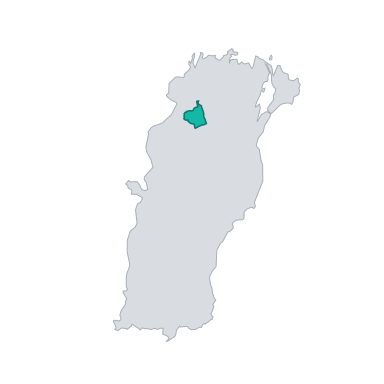 where Isparta sits in Turkey, rotated 111°
{"feature_id": "TUR-2275", "entity_name": "Isparta", "entity_type": "Province", "adm_level": 1, "iso_a3": "TUR", "parent_name": "Turkey", "parent_adm1": "", "projection": "orthographic", "projection_center": [30.888, 37.933], "detail": "fine", "context": "in_parent", "style": "filled", "palette": "teal", "viewbox_px": 384, "rotation_deg": 111, "n_neighbors": 0, "source": "natural_earth", "source_scale": "10m", "svg_char_len": 4661}
<svg xmlns="http://www.w3.org/2000/svg" viewBox="0 0 384 384"><g transform="rotate(111 192 192)"><path d="M284.4,131.0L289.5,132.2L290.9,130.7L295.3,130.3L299.3,130.8L301.1,127.6L303.9,127.6L304.6,129.0L306.0,129.4L310.6,132.5L310.2,133.1L311.4,134.3L315.0,134.7L315.6,136.6L318.7,139.0L320.8,143.1L320.4,146.2L319.1,148.4L322.3,154.6L321.7,155.5L326.3,157.0L331.7,155.9L333.5,156.6L339.5,160.9L341.1,162.7L337.2,160.8L335.4,163.2L335.1,168.4L329.5,170.2L330.9,173.4L332.7,174.7L332.6,177.9L333.2,179.0L335.1,180.8L335.3,183.7L336.3,186.5L336.9,190.1L339.4,190.8L338.6,192.6L336.9,200.2L337.2,200.7L339.0,200.6L343.6,203.4L343.0,204.5L344.2,209.1L348.1,211.5L347.8,213.2L348.1,214.7L345.4,214.4L340.8,219.2L340.2,219.2L339.3,217.9L338.5,213.8L337.1,212.9L335.4,212.9L332.8,215.2L330.2,215.5L327.6,215.5L320.4,213.9L318.0,215.1L315.2,214.5L310.6,220.2L309.1,220.8L308.0,218.4L306.1,217.2L304.0,219.4L295.3,222.8L291.3,223.7L286.2,223.5L282.0,224.1L271.2,231.0L260.6,235.0L250.8,235.6L245.1,232.5L240.9,232.1L228.7,238.4L222.6,238.6L220.3,236.5L215.6,235.9L214.7,238.1L214.0,243.2L215.9,247.8L213.2,248.2L211.6,249.4L211.3,252.9L209.0,254.4L208.3,256.6L207.8,256.7L203.8,255.2L204.8,253.4L202.0,247.0L203.1,244.9L207.9,239.4L207.6,236.3L205.3,234.3L199.0,238.5L198.5,240.0L197.1,241.3L194.7,241.8L183.0,237.3L176.4,242.0L170.8,248.7L166.5,251.2L153.6,253.3L151.4,254.6L146.9,253.3L144.3,251.6L138.2,244.4L126.9,238.9L115.1,237.6L114.0,239.0L113.6,244.7L111.7,250.0L110.7,250.6L108.1,249.2L98.9,252.3L91.1,248.7L89.8,247.1L88.1,240.9L87.0,240.4L85.8,241.2L84.4,241.2L78.9,238.4L75.9,238.1L74.0,240.7L71.1,241.7L71.0,240.9L72.2,239.3L67.5,239.4L65.0,240.6L61.6,239.7L61.9,239.0L64.7,238.3L70.9,237.5L75.0,233.6L60.1,233.3L58.7,234.1L58.5,231.9L59.4,231.0L63.3,230.4L63.1,228.6L60.8,226.6L58.3,225.5L57.3,220.9L56.0,219.7L56.2,219.1L58.6,218.4L59.2,215.2L59.0,213.1L54.3,211.2L53.2,211.3L52.1,209.5L50.1,208.2L48.4,209.1L43.8,206.2L44.8,204.3L45.9,204.4L46.2,202.9L45.4,200.3L45.6,199.1L46.6,198.7L47.8,199.0L48.9,200.6L48.9,203.5L50.1,205.3L51.1,203.6L53.2,204.7L57.1,203.9L57.9,203.2L55.1,203.2L54.1,202.4L51.9,197.6L54.4,196.3L56.2,194.0L53.0,192.3L53.8,189.1L51.2,185.3L55.1,180.8L54.9,180.1L53.8,179.8L42.2,181.2L42.1,179.1L43.1,177.3L43.2,172.8L43.9,170.4L46.0,169.8L48.8,166.3L53.1,162.3L57.5,162.5L59.3,161.4L61.9,161.5L62.6,163.2L64.8,164.4L68.8,164.4L70.8,163.3L69.0,161.2L71.3,160.6L73.1,161.1L72.1,163.4L72.6,163.6L77.8,163.1L83.2,163.8L89.2,163.6L90.0,162.9L85.8,160.6L88.5,158.6L90.1,158.2L102.6,156.6L102.7,156.1L95.1,155.0L91.1,152.2L90.1,150.8L90.9,147.2L91.8,146.3L94.5,146.2L103.9,148.0L110.6,147.1L117.9,149.4L124.9,148.9L126.4,147.9L128.1,144.5L137.9,138.8L141.3,135.8L156.4,129.8L179.1,130.0L183.0,127.6L185.3,128.3L184.8,129.7L185.0,131.1L187.9,134.4L192.0,136.1L197.6,134.2L199.7,134.7L202.0,139.9L205.7,142.9L207.3,143.1L209.4,141.1L211.4,140.7L214.9,142.3L216.2,144.1L227.3,145.6L229.6,147.0L237.2,148.0L253.1,142.8L259.3,144.8L264.4,145.2L266.5,144.6L272.7,140.9L274.6,138.9L278.5,137.0L283.2,133.1L284.4,131.0ZM74.5,130.3L74.0,132.7L74.9,135.3L77.1,139.0L79.3,140.9L90.4,146.1L88.7,150.7L85.9,151.4L76.4,148.9L72.4,150.7L69.6,150.1L65.7,150.8L64.5,153.5L61.6,156.6L53.8,160.2L46.4,167.7L44.3,168.6L45.3,166.0L45.4,163.7L48.6,161.1L53.0,159.2L54.2,157.6L43.3,157.4L42.4,154.9L43.6,154.5L47.3,150.4L47.7,148.7L47.6,144.5L52.0,142.3L52.4,141.3L51.9,137.1L48.0,134.5L48.1,133.3L51.0,132.4L52.8,129.6L57.0,129.2L59.0,127.9L62.7,127.3L67.0,131.1L72.4,129.9L74.5,130.3ZM40.7,167.2L37.0,167.6L35.9,166.9L37.1,165.7L39.9,165.0L40.8,166.3L40.7,167.2Z" fill="#d9dde1" stroke="#a8b0b8" stroke-width="1"/><path d="M125.1,205.0L125.6,206.6L126.9,207.6L127.9,208.9L129.1,209.8L129.6,210.1L130.0,210.6L131.2,211.6L131.1,212.3L130.0,213.0L128.9,213.5L128.4,213.8L128.0,215.2L128.4,216.8L128.4,218.4L127.8,219.5L127.7,220.5L127.2,221.2L126.4,221.4L126.5,222.1L126.9,222.8L127.1,223.5L127.0,224.8L126.5,225.9L125.6,225.8L124.8,226.1L124.0,226.7L123.1,226.8L121.4,227.4L119.9,226.8L119.7,226.2L119.3,225.8L118.8,225.7L118.6,225.7L118.3,225.4L118.1,225.0L117.1,223.5L116.7,222.5L116.1,220.8L115.2,220.1L114.1,220.2L112.9,219.9L112.2,219.4L111.6,218.7L110.9,217.7L110.0,217.1L109.3,217.9L108.8,218.2L108.3,218.4L106.5,219.7L105.9,220.0L105.3,219.8L105.0,219.2L104.7,218.5L106.0,218.4L107.2,217.8L107.8,216.8L108.0,214.6L108.3,214.0L109.5,213.3L111.0,211.9L111.6,211.5L112.5,210.7L113.3,209.8L113.9,209.6L114.5,209.4L115.4,208.7L115.8,208.6L116.1,208.6L117.4,208.1L118.4,207.1L119.4,205.9L121.5,204.3L122.3,203.4L122.6,203.1L123.0,203.2L123.3,203.4L123.6,203.6L124.4,204.7L124.7,204.9L125.1,205.0Z" fill="#14b8a6" stroke="#0f766e" stroke-width="1.5"/></g></svg>